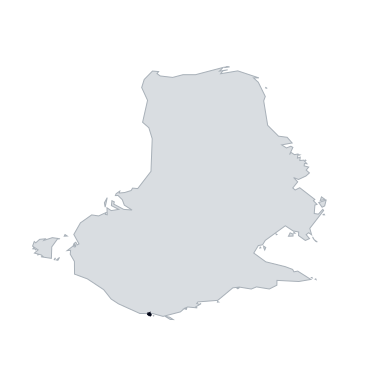 location of Redland, Queensland, Australia, rotated 104°
{"feature_id": "25037944B35450059513963", "entity_name": "Redland", "entity_type": "district", "adm_level": 2, "iso_a3": "AUS", "parent_name": "Australia", "parent_adm1": "Queensland", "projection": "equal_earth", "projection_center": [153.338, -27.564], "detail": "fine", "context": "in_parent", "style": "filled", "palette": "ink", "viewbox_px": 384, "rotation_deg": 104, "n_neighbors": 0, "source": "geoboundaries", "source_scale": "gbopen_adm2", "svg_char_len": 5400}
<svg xmlns="http://www.w3.org/2000/svg" viewBox="0 0 384 384"><g transform="rotate(104 192 192)"><path d="M253.0,66.7L257.2,88.2L261.9,87.1L267.4,93.5L268.5,106.5L271.8,111.0L272.8,123.0L275.1,129.2L290.9,140.8L297.2,159.6L299.0,160.5L299.2,157.2L302.6,160.6L303.2,158.9L304.6,168.4L306.7,171.2L311.1,174.2L319.7,190.0L319.4,200.5L322.5,213.1L318.3,236.3L315.4,244.6L308.1,254.1L301.6,272.5L300.1,286.1L287.8,289.3L281.8,295.1L277.9,295.7L279.1,299.0L272.9,294.1L273.8,293.0L273.3,291.8L272.2,291.8L270.3,293.9L268.8,292.6L271.1,290.6L269.7,289.1L261.8,296.4L248.9,292.8L238.5,283.8L237.8,276.8L232.7,270.4L234.7,270.7L234.6,268.7L227.9,270.7L229.6,265.9L226.6,258.9L224.7,266.9L219.8,267.6L220.4,265.0L222.7,265.0L225.4,254.1L224.0,245.8L221.1,254.5L216.3,257.8L213.3,262.9L214.0,265.5L212.0,265.2L208.6,262.3L210.6,262.3L208.8,257.2L205.3,251.4L202.6,250.6L201.8,245.5L181.9,236.8L149.9,243.5L140.1,249.4L136.3,256.8L113.8,257.3L102.8,266.1L94.4,265.6L84.2,259.6L83.2,253.5L85.6,254.6L87.1,250.9L85.5,238.5L80.3,229.0L77.4,217.1L63.6,191.9L68.1,194.6L64.8,186.9L67.0,191.4L70.3,192.8L63.4,176.9L65.1,154.7L66.4,159.9L69.5,154.2L81.6,144.0L86.2,144.5L109.0,134.7L116.9,121.6L115.9,112.9L120.2,106.7L124.6,116.4L126.4,111.0L123.7,107.2L124.3,104.9L132.1,106.4L129.6,105.5L131.0,101.7L129.5,98.4L133.6,97.9L132.0,95.4L135.4,95.0L134.1,91.4L136.8,87.3L137.2,89.8L139.5,89.5L139.6,84.8L143.1,86.5L145.1,82.7L148.9,85.3L154.1,91.7L153.4,96.9L156.6,91.9L163.7,95.2L165.1,92.4L161.8,88.5L169.5,71.0L171.1,72.1L173.8,67.7L174.9,69.6L183.3,68.2L182.9,64.0L177.2,60.9L178.1,59.8L198.8,68.9L204.6,65.6L203.3,69.0L205.8,70.9L208.8,66.7L211.6,70.3L208.5,78.1L205.0,78.8L205.3,84.5L202.2,93.3L221.2,109.2L226.2,110.8L227.9,114.7L236.3,117.3L241.9,103.5L241.9,83.2L242.8,75.6L244.8,73.8L243.2,70.3L248.1,55.5L253.0,66.7ZM269.5,310.9L279.2,314.8L290.4,312.4L291.4,322.9L290.6,321.0L289.5,323.2L289.4,330.1L285.4,327.3L283.1,333.6L278.2,333.1L279.1,331.3L274.8,328.4L272.9,323.0L274.8,324.0L270.1,316.5L269.5,310.9ZM167.5,59.9L173.4,59.9L175.3,62.1L171.5,66.5L167.5,59.9ZM218.0,272.9L227.7,272.6L223.7,274.4L218.0,272.9ZM210.3,83.3L211.6,87.7L207.9,86.9L208.4,83.8L210.3,83.3ZM319.1,188.2L318.9,183.4L320.3,179.4L320.9,182.3L319.1,188.2ZM287.5,304.7L290.7,305.6L290.8,307.1L287.5,304.7ZM167.0,61.2L169.2,65.5L165.4,65.2L167.0,61.2ZM265.8,305.3L264.0,304.9L264.9,302.4L265.8,305.3ZM230.7,107.4L229.0,108.7L227.2,109.4L228.0,107.0L230.7,107.4ZM63.5,190.8L61.8,188.5L61.5,186.3L61.7,186.2L63.5,190.8ZM290.2,308.5L291.4,309.5L289.0,308.7L290.2,308.5ZM305.9,169.0L307.2,169.0L307.2,171.2L305.9,169.0ZM273.2,122.8L274.8,124.1L274.5,124.9L273.2,122.8ZM285.4,331.0L285.6,332.7L284.4,332.2L285.4,331.0ZM321.4,202.3L321.5,204.9L321.3,204.9L321.4,202.3ZM182.5,59.7L181.5,58.5L182.1,57.9L182.5,59.7ZM210.0,59.9L208.6,62.1L210.2,58.3L210.0,59.9ZM321.6,199.2L321.0,200.1L321.4,199.1L321.6,199.2ZM213.1,99.9L212.3,100.3L212.7,99.3L213.1,99.9ZM207.4,83.2L206.4,83.4L207.0,82.0L207.4,83.2ZM73.3,144.1L73.2,145.8L72.7,145.7L73.3,144.1ZM246.3,54.5L246.3,56.0L245.9,54.9L246.3,54.5ZM272.3,292.4L272.5,293.2L272.2,293.0L272.3,292.4ZM208.2,62.7L206.3,64.2L208.3,62.3L208.2,62.7ZM134.1,89.3L133.4,90.3L133.8,89.1L134.1,89.3ZM286.0,329.8L285.4,330.2L285.8,329.5L286.0,329.8ZM230.0,112.6L228.9,112.5L229.5,111.7L230.0,112.6ZM130.5,97.1L130.0,97.7L129.9,96.3L130.5,97.1ZM290.4,326.3L289.6,326.7L289.9,325.8L290.4,326.3ZM247.0,50.4L246.8,51.4L246.3,50.9L247.0,50.4ZM271.8,293.5L272.7,294.3L271.3,294.1L271.8,293.5ZM292.7,140.7L292.0,140.7L292.3,139.6L292.7,140.7ZM298.6,157.0L298.2,157.0L298.5,156.1L298.6,157.0ZM269.9,309.7L269.7,310.3L269.4,309.5L269.9,309.7Z" fill="#d9dde1" stroke="#a8b0b8" stroke-width="1"/><path d="M321.4,202.2L321.4,202.3L321.4,202.5L321.3,202.9L321.2,202.9L321.2,203.0L321.3,203.2L321.3,203.3L321.2,203.3L321.2,203.5L321.3,203.6L321.2,203.7L321.3,203.8L321.2,203.8L321.3,203.8L321.3,204.0L321.2,204.1L321.3,204.2L321.3,204.3L321.2,204.5L321.2,204.8L321.2,205.0L321.3,205.2L321.5,205.0L321.4,205.1L321.5,205.1L321.4,205.1L321.5,205.1L321.5,204.9L321.6,204.6L321.6,204.1L321.7,203.8L321.8,203.3L322.0,202.8L322.1,202.6L321.9,202.5L321.7,202.4L321.6,202.2L321.4,202.2ZM319.7,204.0L319.8,204.1L319.7,204.2L319.7,204.3L319.8,204.3L320.0,204.4L320.3,204.4L320.3,204.5L320.5,204.7L320.5,204.8L320.6,204.7L320.6,204.4L320.6,204.2L320.6,203.9L320.6,203.7L320.4,203.6L320.4,203.4L320.5,203.2L320.5,203.3L320.4,203.3L320.3,203.2L320.2,203.0L320.2,202.9L320.1,203.0L319.9,203.0L319.9,202.9L319.9,203.0L319.9,203.3L319.7,203.4L319.7,203.5L319.8,203.5L319.8,203.8L319.7,203.9L319.7,204.0L319.8,204.0L319.7,204.0ZM321.0,204.9L321.1,204.7L321.2,204.4L321.3,204.3L321.2,204.3L321.0,204.6L321.0,204.8L321.0,204.9ZM320.9,203.9L320.9,204.0L320.9,204.3L321.0,204.2L320.9,204.1L320.9,203.9L321.0,203.9L320.9,203.9L320.9,203.9ZM320.8,203.2L320.8,203.3L320.8,203.2L321.0,203.1L320.9,203.0L320.8,203.2ZM320.7,204.3L320.7,204.5L320.8,204.5L320.8,204.4L320.7,204.3L320.7,204.3ZM320.7,204.7L320.7,204.8L320.8,204.8L320.8,204.7L320.7,204.6L320.7,204.7ZM320.9,204.6L320.9,204.4L320.9,204.5L320.9,204.6ZM320.7,203.8L320.8,203.8L320.8,203.7L320.7,203.7L320.7,203.8ZM320.8,204.2L320.8,204.3L320.8,204.2L320.8,204.2ZM321.1,204.2L321.0,204.3L321.0,204.2L321.0,204.3L321.1,204.2L321.1,204.2ZM321.0,204.3L320.9,204.3L321.0,204.3L321.0,204.3ZM321.1,204.5L321.2,204.4L321.2,204.5L321.1,204.5Z" fill="#0f172a" stroke="#020617" stroke-width="1.5"/></g></svg>